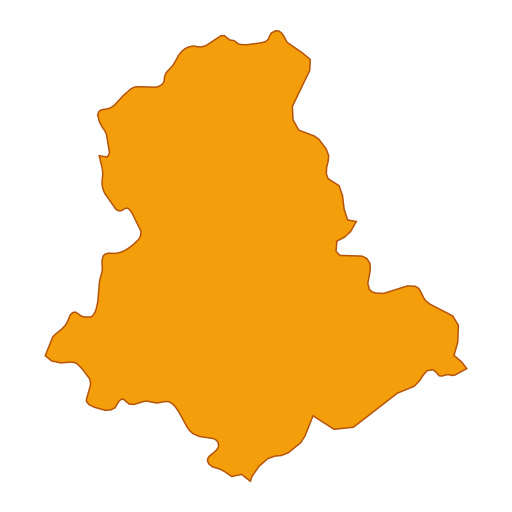 map outline of Haute-Vienne (orthographic projection)
{"feature_id": "FRA-5303", "entity_name": "Haute-Vienne", "entity_type": "Metropolitan department", "adm_level": 1, "iso_a3": "FRA", "parent_name": "France", "parent_adm1": "", "projection": "orthographic", "projection_center": [1.157, 45.922], "detail": "fine", "context": "isolated", "style": "filled", "palette": "amber", "viewbox_px": 512, "rotation_deg": 0, "n_neighbors": 0, "source": "natural_earth", "source_scale": "10m", "svg_char_len": 2790}
<svg xmlns="http://www.w3.org/2000/svg" viewBox="0 0 512 512"><path d="M461.5,361.8L466.8,368.6L454.8,375.1L452.0,375.5L449.2,374.7L446.9,374.7L441.7,376.1L439.1,375.7L435.3,371.3L432.6,369.8L427.1,370.7L423.3,375.0L419.6,380.7L414.2,386.2L397.3,393.2L353.5,427.2L334.1,429.3L313.0,415.8L305.1,435.8L300.7,442.7L288.7,452.5L281.5,455.5L274.9,456.1L267.7,458.7L258.9,466.4L252.0,476.4L250.4,481.3L241.6,474.4L231.7,476.5L224.0,471.2L219.3,468.9L212.2,466.7L208.9,464.0L207.5,461.1L207.9,458.3L209.0,456.6L209.6,455.9L214.1,452.3L216.9,449.6L218.6,446.5L218.2,442.5L216.3,440.2L213.6,438.6L199.6,436.5L193.0,433.7L189.4,430.4L187.1,427.1L179.2,412.6L174.8,406.0L171.4,403.1L168.5,401.6L164.5,401.6L158.5,402.8L156.0,402.9L147.2,401.2L144.3,401.3L134.1,404.4L129.5,404.2L126.7,402.1L123.3,399.0L120.7,399.6L118.6,401.7L115.0,407.8L111.3,409.7L105.5,410.4L94.5,407.3L89.2,404.8L86.4,401.4L86.7,398.3L90.4,385.6L90.5,382.4L89.7,378.9L82.6,369.4L77.8,364.3L74.4,362.5L71.0,362.1L60.7,362.9L51.6,360.9L45.2,355.7L52.9,336.7L55.3,334.3L61.5,329.4L65.4,325.2L67.8,320.9L70.3,314.7L72.9,312.5L75.7,312.1L81.1,315.9L84.2,317.0L91.2,316.9L93.3,314.9L95.0,312.2L96.2,309.0L97.8,301.8L99.4,282.1L100.1,278.8L101.3,274.4L102.2,270.8L102.3,268.0L102.0,260.6L103.3,255.7L105.6,253.9L108.6,253.2L114.9,253.4L118.1,253.0L121.6,251.9L125.3,250.2L129.5,247.5L133.6,244.3L139.0,239.0L140.8,235.1L141.0,231.3L132.3,213.6L130.4,210.7L128.2,208.4L125.7,208.2L120.9,210.9L118.4,210.8L115.8,209.2L104.7,193.3L103.3,190.0L102.4,186.8L102.1,183.8L102.1,181.0L102.7,175.1L102.7,172.0L102.2,168.2L99.2,155.7L107.0,157.0L108.6,155.0L109.5,152.5L106.4,134.1L104.6,130.5L101.9,126.6L99.6,122.2L97.6,115.0L98.9,111.5L101.4,109.8L108.1,108.7L111.3,107.4L114.4,105.2L122.9,95.9L130.7,89.0L134.0,87.3L137.0,86.7L155.2,87.2L158.4,86.6L162.0,84.5L163.6,82.4L164.3,80.3L164.4,77.4L165.7,73.5L167.9,70.7L172.3,66.1L175.2,61.6L178.7,55.1L182.0,51.1L185.3,48.5L188.6,47.0L191.8,46.2L194.8,46.1L197.8,46.9L201.5,46.9L206.0,45.6L220.7,35.9L224.2,35.5L229.8,40.0L234.1,40.6L238.6,44.1L242.4,44.7L247.1,44.7L261.4,42.8L266.0,41.4L268.5,38.9L269.6,35.9L271.3,33.0L275.7,30.7L279.1,31.1L282.1,33.5L284.1,36.6L285.6,39.7L287.3,42.5L301.9,52.5L310.3,59.5L309.7,70.5L292.4,106.4L293.0,119.8L298.8,130.1L314.3,136.0L318.7,139.1L326.2,148.9L328.7,155.8L328.1,161.5L326.7,167.1L326.3,173.8L328.2,178.8L339.1,185.7L342.5,195.6L344.1,209.1L347.6,219.9L356.3,221.5L350.6,231.5L344.7,237.1L336.4,241.4L336.8,242.2L336.0,251.3L339.8,255.4L362.0,256.1L366.8,258.5L370.0,263.5L370.3,269.9L367.8,283.3L369.4,289.4L372.2,291.9L376.1,293.1L383.7,293.4L407.4,285.9L415.3,286.3L418.4,288.1L420.3,290.9L423.8,298.1L425.6,300.6L430.0,304.2L452.7,315.9L458.4,325.4L457.7,342.4L454.0,355.4L461.5,361.8Z" fill="#f59e0b" stroke="#b45309" stroke-width="1.5"/></svg>